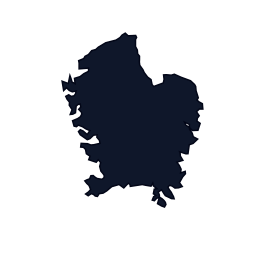 Tuparendi, Rio Grande do Sul, Brazil (Mercator projection), rotated 223°
{"feature_id": "56859067B53312005117926", "entity_name": "Tuparendi", "entity_type": "district", "adm_level": 2, "iso_a3": "BRA", "parent_name": "Brazil", "parent_adm1": "Rio Grande do Sul", "projection": "mercator", "projection_center": [-54.564, -27.693], "detail": "fine", "context": "isolated", "style": "filled", "palette": "ink", "viewbox_px": 256, "rotation_deg": 223, "n_neighbors": 0, "source": "geoboundaries", "source_scale": "gbopen_adm2", "svg_char_len": 2737}
<svg xmlns="http://www.w3.org/2000/svg" viewBox="0 0 256 256"><g transform="rotate(223 128 128)"><path d="M53.1,123.1L54.7,129.6L54.8,133.7L56.6,135.3L58.9,131.0L61.1,134.1L65.0,135.6L69.0,136.3L65.8,141.8L70.6,143.2L72.3,144.8L74.1,145.8L68.1,148.6L66.6,150.1L71.8,157.5L69.9,161.1L69.5,167.4L74.3,166.1L77.5,168.0L82.1,169.0L83.5,170.3L79.2,170.1L75.3,174.0L78.4,180.6L82.2,180.1L83.9,182.3L84.3,185.5L89.0,186.6L88.8,190.5L86.2,192.9L87.9,194.4L90.2,196.5L94.0,195.5L96.6,195.5L97.2,198.0L103.7,201.7L106.8,204.5L109.0,205.2L114.5,205.2L123.8,201.3L130.8,198.9L132.3,196.2L136.4,193.0L138.2,191.1L134.8,188.2L132.9,185.0L137.5,175.9L139.9,176.1L144.2,179.1L148.4,178.6L154.0,179.6L156.8,180.8L162.2,181.9L164.7,184.0L166.3,185.9L168.6,188.4L171.5,188.8L174.4,191.4L178.1,192.7L182.9,197.9L183.5,200.1L185.5,200.9L190.8,195.5L194.7,195.5L195.7,191.9L195.5,188.7L196.7,184.1L202.4,175.2L204.8,167.0L205.1,163.4L207.3,159.8L207.0,154.7L208.3,151.1L207.7,148.6L210.0,143.6L208.1,142.2L204.1,137.9L197.7,144.9L195.5,142.5L197.3,137.7L198.1,132.9L201.0,127.8L196.9,124.4L200.2,123.4L203.4,125.3L206.2,126.7L202.0,119.8L208.1,117.3L200.6,111.5L200.4,115.5L196.5,115.4L193.4,116.5L191.1,119.8L189.6,116.9L189.4,114.7L191.2,112.3L194.0,111.9L195.1,108.7L192.2,107.5L188.4,107.0L186.5,104.6L181.4,103.3L179.5,98.5L177.8,100.5L176.8,103.3L180.9,108.7L180.6,111.2L179.3,113.0L176.8,111.1L176.8,108.0L173.0,107.8L171.3,106.7L170.5,103.8L171.2,100.6L173.5,95.5L168.7,92.6L166.6,93.8L166.3,96.2L162.2,97.9L158.3,98.6L154.1,100.1L153.4,95.4L158.8,95.2L161.7,94.2L161.8,91.6L158.3,90.5L149.8,91.7L148.6,94.2L148.3,99.3L145.9,102.0L144.5,100.0L140.5,99.5L138.0,97.7L141.6,92.4L143.6,90.2L146.8,89.0L151.8,84.8L149.6,81.8L147.4,83.5L144.5,83.4L140.9,80.8L136.5,81.5L135.1,78.0L127.9,81.3L128.1,84.5L124.4,84.1L122.5,80.6L118.4,78.0L115.1,77.6L113.1,77.1L111.7,75.5L111.9,72.9L114.0,71.4L116.4,69.9L119.1,69.5L121.0,69.5L122.6,67.8L121.4,64.6L122.7,62.1L123.5,59.9L120.4,59.4L117.4,59.4L115.3,58.5L113.3,57.4L113.3,54.2L114.0,50.8L110.9,51.3L110.1,54.9L108.0,55.9L105.6,55.9L103.7,57.1L104.3,60.3L101.8,63.4L100.7,67.5L99.9,74.1L96.0,80.6L90.2,81.3L90.2,84.9L90.1,87.8L88.1,88.1L86.5,86.9L79.0,96.4L76.0,98.2L71.5,101.2L72.3,104.6L69.9,103.0L65.4,103.3L67.1,101.2L64.6,97.2L61.7,97.7L62.4,95.2L61.1,91.8L59.1,92.8L59.1,96.0L57.9,98.9L59.4,100.4L62.2,101.8L61.3,105.7L56.5,104.4L54.5,104.0L50.8,105.2L48.1,106.0L46.0,107.7L48.1,108.9L50.0,109.5L52.7,110.5L56.0,111.1L58.5,112.0L58.5,114.5L56.0,115.7L52.7,116.1L50.2,118.8L48.4,122.2L53.1,123.1ZM83.5,170.3L87.6,169.5L90.7,170.8L85.5,172.5L83.5,170.3ZM57.9,98.9L54.8,92.8L50.2,93.9L47.4,95.1L48.1,97.9L50.0,99.1L52.2,99.5L54.8,99.5L57.9,98.9Z" fill="#0f172a" stroke="#020617" stroke-width="1.5"/></g></svg>